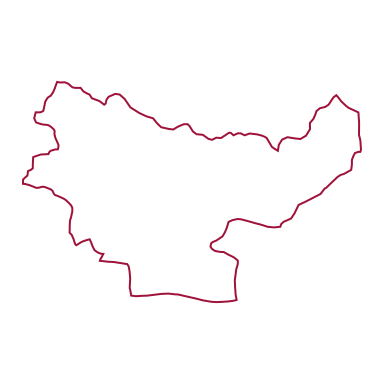 Al-Amadiya, Dihok, Iraq
{"feature_id": "34846034B75127748114443", "entity_name": "Al-Amadiya", "entity_type": "district", "adm_level": 2, "iso_a3": "IRQ", "parent_name": "Iraq", "parent_adm1": "Dihok", "projection": "albers", "projection_center": [43.505, 37.091], "detail": "fine", "context": "isolated", "style": "outline", "palette": "rose", "viewbox_px": 384, "rotation_deg": 0, "n_neighbors": 0, "source": "geoboundaries", "source_scale": "gbopen_adm2", "svg_char_len": 3124}
<svg xmlns="http://www.w3.org/2000/svg" viewBox="0 0 384 384"><path d="M57.2,81.9L55.7,85.6L54.8,88.4L53.1,92.2L50.8,95.7L48.4,97.1L47.1,98.5L45.2,101.8L44.5,105.5L43.9,108.3L43.3,110.9L42.0,111.6L40.5,112.3L35.7,112.3L34.2,118.2L36.0,122.4L40.7,124.0L42.9,124.5L47.9,125.0L49.8,126.0L51.9,127.6L53.9,129.5L54.6,130.9L54.6,132.1L54.4,133.2L54.6,134.9L55.4,137.9L57.0,141.5L58.5,145.0L58.3,147.6L57.8,149.4L55.3,149.4L53.1,150.1L50.6,150.8L49.2,152.2L48.4,154.1L40.9,154.5L36.6,155.9L33.2,157.1L33.0,160.4L32.8,164.8L32.8,168.3L31.1,169.7L28.0,171.1L27.4,175.6L24.7,177.9L23.1,179.5L23.0,182.6L23.0,183.8L25.1,184.0L29.0,185.0L31.4,185.9L36.1,187.8L38.4,187.8L41.7,186.9L43.0,186.7L45.1,187.1L48.8,188.6L50.7,189.3L52.6,190.9L53.7,193.5L54.8,194.9L58.0,196.1L63.4,198.5L65.6,199.9L68.8,202.9L71.2,205.5L72.3,207.9L72.3,211.6L71.6,214.7L71.0,217.5L70.1,220.1L69.9,221.9L69.9,223.1L69.7,225.9L69.7,228.3L69.7,230.1L69.6,232.7L71.9,235.1L72.6,237.0L73.4,238.6L74.3,241.6L75.4,244.5L76.4,245.2L81.6,241.9L85.4,240.5L87.0,240.0L89.7,239.3L91.2,242.6L92.7,246.6L94.5,250.1L95.8,251.1L97.1,252.0L98.3,252.7L100.9,253.7L103.3,253.9L101.8,257.0L100.7,258.6L99.9,260.8L107.9,261.7L113.8,262.0L127.2,264.1L128.6,266.2L129.5,270.9L130.2,278.2L129.7,288.0L130.2,289.7L130.7,292.7L131.2,295.6L135.9,296.2L139.5,296.0L140.6,295.9L147.6,295.6L161.3,293.9L168.4,293.6L175.7,294.4L177.6,294.4L186.8,296.5L196.2,298.6L202.6,300.3L211.5,301.8L216.7,302.1L223.1,301.8L228.5,301.4L233.2,300.8L236.2,300.1L236.6,300.0L235.6,294.4L235.1,287.0L234.9,282.2L234.8,280.2L235.5,275.2L236.2,269.6L237.8,264.0L237.8,260.5L233.8,257.3L227.7,254.3L223.7,252.0L221.3,252.0L217.1,251.4L214.7,250.8L211.9,248.8L210.5,246.7L211.2,243.2L212.8,242.0L216.4,240.5L222.5,236.4L224.8,232.5L226.5,228.7L228.6,221.9L232.3,220.2L237.5,219.0L241.0,219.3L247.6,221.0L255.6,223.3L261.5,224.8L267.6,226.8L274.0,227.4L280.3,226.8L281.2,224.1L283.6,221.8L287.8,220.0L291.1,218.5L294.6,213.2L298.6,204.9L304.9,202.0L317.8,195.4L320.6,193.9L324.6,188.6L326.0,188.0L333.7,180.6L337.7,176.8L340.5,175.0L344.2,173.8L351.2,169.9L351.9,164.6L351.9,159.9L353.5,155.8L354.9,153.1L358.2,151.9L360.3,151.9L361.0,149.8L360.4,141.0L359.9,138.3L359.0,135.1L359.1,122.7L358.4,112.4L348.5,107.8L346.2,106.0L341.2,101.3L338.6,97.8L336.3,95.2L333.5,97.3L328.6,104.7L325.1,107.0L319.9,108.2L316.4,111.2L315.3,114.7L313.4,118.9L309.9,123.0L310.0,129.2L306.0,135.7L300.4,139.0L294.8,138.4L287.5,137.2L282.1,139.6L278.8,144.9L277.9,150.8L275.1,149.1L272.0,147.0L266.6,137.9L264.5,136.7L261.9,135.6L257.2,134.4L249.7,133.5L244.6,135.3L240.6,133.3L237.8,133.3L233.5,135.3L231.0,133.0L229.1,132.7L221.1,138.0L216.2,137.7L212.2,139.8L208.5,138.9L202.8,134.8L196.5,134.2L193.0,131.6L189.5,126.0L187.6,124.2L183.8,124.2L180.9,125.4L177.5,126.9L173.3,129.5L168.6,128.9L161.1,127.2L156.9,123.1L153.1,118.3L146.3,116.3L139.3,113.0L130.4,107.4L124.6,98.9L119.6,94.5L115.2,93.9L108.6,96.8L106.5,99.7L105.6,103.6L104.2,104.7L99.7,101.2L95.8,99.7L91.8,98.2L89.7,94.7L86.6,93.2L83.4,91.4L80.6,87.9L75.2,87.9L72.4,87.3L68.2,83.7L64.9,82.3L60.2,82.5L57.2,81.9Z" fill="none" stroke="#9f1239" stroke-width="2"/></svg>